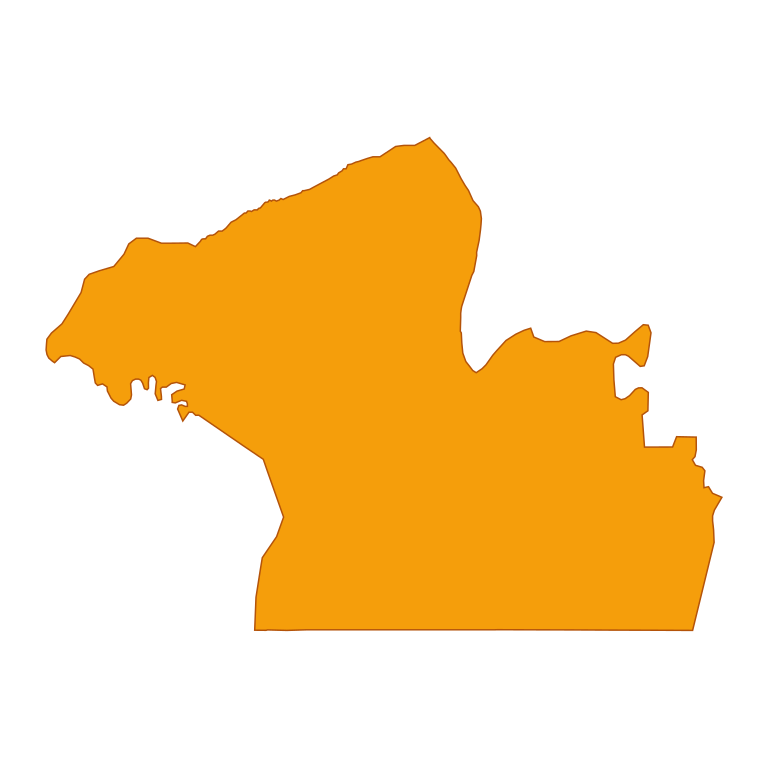 outline of Foni Bintang Karanai, West Coast, Gambia
{"feature_id": "56634734B67575656085362", "entity_name": "Foni Bintang Karanai", "entity_type": "district", "adm_level": 2, "iso_a3": "GMB", "parent_name": "Gambia", "parent_adm1": "West Coast", "projection": "natural_earth1", "projection_center": [-16.253, 13.246], "detail": "fine", "context": "isolated", "style": "filled", "palette": "amber", "viewbox_px": 768, "rotation_deg": 0, "n_neighbors": 0, "source": "geoboundaries", "source_scale": "gbopen_adm2", "svg_char_len": 3478}
<svg xmlns="http://www.w3.org/2000/svg" viewBox="0 0 768 768"><path d="M530.7,328.2L524.1,330.3L515.8,334.2L506.0,340.5L496.7,350.7L492.8,355.2L486.0,364.8L482.1,368.7L476.2,372.7L472.7,370.5L469.8,366.6L468.7,365.2L465.8,361.5L462.8,353.1L461.8,343.0L461.3,332.9L460.3,331.2L460.7,317.7L460.7,313.2L461.2,309.2L461.7,306.4L464.0,299.3L471.8,275.4L473.8,271.5L476.7,255.7L476.6,252.3L479.1,240.5L480.5,229.8L481.0,224.7L481.4,218.6L480.4,211.2L478.4,206.8L473.0,200.6L468.5,190.5L465.1,185.5L461.1,178.7L455.7,168.1L451.2,162.5L448.7,159.7L446.2,156.1L444.3,153.5L433.9,142.9L430.0,138.4L429.7,137.6L414.8,145.4L404.1,145.4L399.2,146.0L395.6,146.5L380.0,156.8L372.9,156.8L367.5,158.4L361.3,160.5L358.6,161.5L355.9,162.1L351.5,164.1L347.9,164.7L346.1,168.8L343.5,168.8L342.1,170.8L338.6,172.9L337.2,174.9L333.7,176.0L328.8,179.1L319.0,184.3L313.2,187.4L309.6,189.4L304.0,190.7L302.7,190.7L300.9,192.8L295.1,194.9L289.3,196.4L283.1,199.5L280.9,198.5L279.1,200.1L276.4,201.1L274.6,200.1L272.8,200.1L271.5,201.1L270.6,200.6L269.3,200.1L268.4,201.7L267.0,202.2L265.7,202.2L264.8,202.7L260.4,207.9L258.6,208.4L257.3,209.9L254.1,209.9L251.5,211.5L250.1,211.0L247.9,211.0L246.1,213.0L244.3,213.1L241.2,215.6L235.9,219.8L231.9,221.8L231.0,222.3L226.1,228.0L224.3,229.5L222.1,231.1L218.5,231.1L214.9,234.2L212.7,235.2L210.0,235.2L207.4,236.3L205.6,238.8L202.9,238.9L201.6,239.4L200.3,241.4L195.4,246.6L187.8,243.0L181.1,243.1L169.9,243.2L161.4,243.2L148.0,238.2L136.4,238.2L128.8,243.9L124.0,254.2L113.8,266.5L99.5,270.7L89.2,274.3L84.6,279.2L81.1,292.5L68.2,314.1L62.0,323.8L60.9,324.8L51.4,333.1L46.9,339.2L46.5,343.8L46.1,350.0L47.0,354.6L48.8,358.1L52.4,361.2L54.6,362.7L60.8,356.5L70.2,355.5L75.1,357.0L79.6,359.0L83.6,363.0L88.6,365.6L89.6,366.4L93.0,369.1L94.4,377.8L95.3,382.9L97.6,385.4L102.5,383.9L107.0,386.9L107.4,391.0L111.0,398.1L113.7,401.2L119.5,404.7L123.6,405.2L126.7,403.2L130.7,399.0L131.5,394.9L130.6,383.7L132.4,380.6L135.5,379.1L138.6,379.1L140.8,380.1L142.6,383.1L144.5,388.7L147.1,389.7L148.5,388.2L148.4,382.6L148.9,377.5L152.4,375.4L155.1,377.4L156.5,381.5L156.0,385.1L155.2,393.8L157.9,400.4L161.5,399.4L161.4,396.3L160.5,388.6L162.3,387.1L166.3,387.1L171.2,383.5L176.6,382.4L185.1,384.9L184.2,389.0L177.0,391.1L171.7,394.7L172.2,400.8L172.2,402.4L175.3,402.9L181.6,400.3L186.5,401.3L187.4,403.8L187.4,406.4L185.2,406.4L181.6,404.9L178.9,405.4L177.6,409.0L182.8,421.0L189.0,412.2L192.5,412.2L195.7,415.3L198.8,415.2L209.2,422.3L211.2,423.7L242.2,445.0L258.7,456.2L263.3,459.3L267.4,471.2L283.6,517.1L276.6,536.7L262.3,557.7L260.6,568.0L256.0,597.3L254.7,630.2L266.0,630.3L267.6,629.9L286.8,630.4L306.4,629.8L338.2,629.8L377.1,629.8L494.4,629.8L497.2,629.7L529.4,629.8L570.5,629.9L612.3,630.1L646.3,630.2L692.6,630.4L708.3,566.2L709.8,560.0L714.1,542.4L713.6,530.1L713.2,526.1L712.6,520.9L712.6,515.8L714.4,510.1L721.9,497.3L712.5,493.3L708.5,486.7L704.0,487.7L703.6,480.6L704.9,470.8L702.2,467.3L695.5,465.3L692.3,459.7L695.0,456.6L696.3,449.9L696.2,437.1L676.6,436.7L672.6,447.0L644.5,447.1L642.1,414.9L647.9,410.8L648.3,392.4L642.0,387.8L638.5,387.9L635.3,389.4L629.6,395.6L625.1,398.7L621.1,399.7L615.3,396.7L613.9,379.8L613.4,364.0L615.6,357.3L621.4,354.7L625.4,354.7L628.5,356.2L640.2,366.4L644.2,365.8L647.7,356.6L651.0,332.8L648.2,325.2L643.3,324.7L635.3,331.4L625.5,340.1L618.4,343.2L612.6,343.3L596.0,332.6L586.2,331.1L572.1,335.5L571.1,335.8L559.0,341.5L544.7,341.6L533.8,337.0L530.7,328.2Z" fill="#f59e0b" stroke="#b45309" stroke-width="1.5"/></svg>